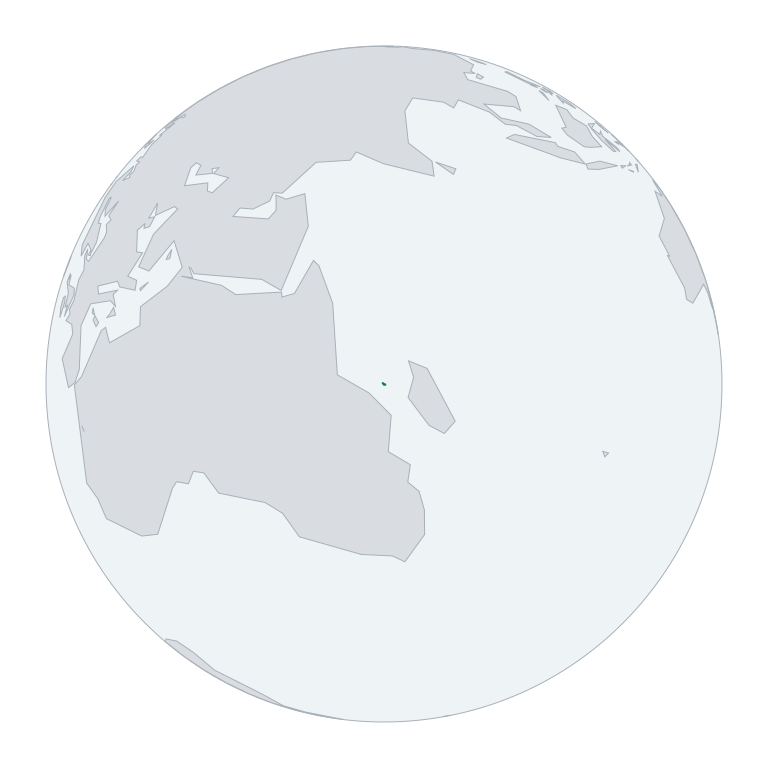 Andjazîdja highlighted on a globe, orthographic projection, rotated 312°
{"feature_id": "COM-4935", "entity_name": "Andjazîdja", "entity_type": "state/province", "adm_level": 1, "iso_a3": "COM", "parent_name": "Comoros", "parent_adm1": "", "projection": "orthographic", "projection_center": [43.361, -11.647], "detail": "fine", "context": "on_globe", "style": "filled", "palette": "green", "viewbox_px": 768, "rotation_deg": 312, "n_neighbors": 0, "source": "natural_earth", "source_scale": "10m", "svg_char_len": 6307}
<svg xmlns="http://www.w3.org/2000/svg" viewBox="0 0 768 768"><g transform="rotate(312 384 384)"><circle cx="384" cy="384" r="338" fill="#eef3f6" stroke="#a8b0b8"/><path d="M46.2,393.3L48.8,392.7L54.3,402.1L57.0,422.3L58.0,449.6L72.1,501.4L77.5,524.4L87.7,545.2L107.3,578.0L107.7,578.5L94.2,557.8L82.2,536.1L71.9,513.6L63.3,490.4L56.4,466.7L51.2,442.5L47.8,418.0L46.2,393.3ZM182.0,654.9L176.4,650.4L177.8,651.4L182.0,654.7L182.0,654.9ZM641.7,165.4L641.0,164.9L633.9,156.6L636.6,160.8L643.8,169.2L647.3,172.4L652.6,180.9L665.8,198.6L675.6,215.3L681.2,237.0L674.5,238.9L675.8,244.0L668.9,234.9L666.2,242.5L684.2,280.1L685.9,289.7L678.5,302.6L677.1,295.1L658.9,270.9L660.1,293.1L674.1,317.8L679.1,343.3L670.3,332.0L664.7,309.5L658.2,300.3L656.6,280.4L644.9,249.1L635.8,251.1L633.3,239.7L615.8,213.9L600.9,216.8L579.4,240.9L581.7,270.6L572.0,282.2L547.3,236.1L537.9,208.1L527.9,209.3L503.3,185.2L457.8,180.7L452.3,173.9L443.5,176.6L426.4,169.6L418.4,159.2L407.5,159.7L429.3,187.6L441.0,187.6L452.1,177.3L455.8,187.6L472.5,197.8L450.6,222.2L384.7,245.0L380.0,223.2L338.7,168.8L341.0,162.9L340.8,162.3L340.4,161.1L334.9,170.8L328.4,161.2L348.6,197.2L351.2,214.0L383.8,246.4L380.3,249.9L391.3,256.9L428.6,248.9L428.4,256.4L409.7,291.8L359.6,343.2L367.3,378.9L365.5,410.3L336.6,432.5L341.6,457.6L327.0,467.3L327.7,481.9L317.4,498.3L299.3,514.9L265.9,518.5L261.8,505.2L242.1,481.2L213.8,423.4L220.1,395.1L216.3,374.9L192.3,334.2L197.4,309.5L191.5,300.7L179.0,305.4L172.5,295.2L165.1,296.5L120.9,316.4L108.9,305.7L98.2,267.8L107.2,248.2L111.5,229.3L176.1,154.5L186.9,154.3L234.4,138.2L239.8,139.2L230.9,152.4L264.0,163.5L278.5,151.3L311.6,157.5L335.7,156.0L350.0,132.1L310.6,133.7L306.9,123.3L341.1,112.5L376.0,113.5L375.7,109.6L356.3,101.3L367.0,94.7L349.9,98.2L354.8,101.7L344.2,104.5L339.0,101.5L343.0,99.0L333.3,97.8L316.7,111.7L320.0,116.8L292.7,121.4L295.5,130.8L287.1,136.3L279.3,122.6L282.1,117.2L265.3,105.8L259.8,111.6L275.4,123.2L269.3,122.8L262.0,132.5L262.8,124.9L247.3,112.4L224.5,119.9L190.7,148.0L178.4,153.3L170.2,152.0L187.4,128.0L212.9,119.2L219.4,112.1L218.3,105.3L226.2,103.7L228.9,100.3L239.0,97.5L257.2,87.4L268.1,84.7L279.2,75.7L286.3,73.5L277.7,79.2L277.5,82.4L305.0,78.5L311.4,76.2L316.5,71.0L323.4,71.3L324.7,66.9L342.5,64.3L322.0,64.4L327.3,60.1L340.1,56.5L338.2,55.5L317.4,61.6L312.3,64.2L313.9,66.2L297.0,75.5L286.8,78.3L290.5,69.9L276.3,73.4L285.4,66.7L336.3,51.9L355.4,49.5L378.8,52.2L372.1,54.0L360.3,53.6L367.5,57.0L368.7,55.2L374.4,55.9L381.0,53.3L385.4,53.8L384.2,51.0L390.3,51.4L391.0,53.1L405.9,51.1L419.7,52.3L421.0,51.8L418.4,50.8L437.6,53.9L437.7,53.4L431.4,52.1L427.5,50.7L428.1,49.6L434.7,50.7L435.4,51.2L446.8,54.6L447.5,56.7L450.3,57.2L451.2,55.7L437.3,51.4L435.8,50.6L443.5,52.3L440.6,51.6L441.9,51.6L449.4,52.9L441.5,51.1L442.7,51.2L468.1,56.7L493.0,64.2L517.3,73.5L540.8,84.7L563.3,97.6L584.8,112.2L605.1,128.5L624.1,146.2L641.7,165.4ZM150.6,187.6L148.1,193.1L150.6,187.6ZM411.2,128.4L433.3,130.5L426.4,116.5L434.3,116.6L429.1,112.2L425.8,115.6L413.4,104.4L424.0,101.6L422.9,96.5L415.4,95.7L397.9,103.1L415.6,118.5L409.2,123.6L411.2,128.4ZM234.0,87.9L236.0,88.4L230.2,92.5L216.4,98.7L224.8,92.5L234.0,87.9ZM240.3,88.6L247.9,80.1L256.7,76.9L250.5,79.9L255.6,78.7L246.9,83.4L248.0,89.7L242.8,94.0L220.3,101.3L230.5,96.1L227.8,95.5L240.3,88.6ZM263.2,68.4L269.7,66.1L264.8,68.1L250.8,73.5L248.9,74.3L263.2,68.4ZM247.9,133.6L252.5,133.4L260.0,131.8L255.6,138.4L247.9,133.6ZM236.9,125.0L241.3,123.5L238.7,130.9L234.0,131.6L236.9,125.0ZM245.9,116.9L241.7,122.8L241.2,120.0L245.9,116.9ZM282.0,78.0L287.0,76.7L286.6,77.7L282.9,79.9L282.0,78.0ZM351.3,47.7L349.9,47.8L349.3,47.9L351.3,47.7ZM342.1,136.2L333.9,140.9L330.8,138.9L334.2,137.6L342.1,136.2ZM291.7,138.7L302.2,140.8L290.3,140.5L291.7,138.7ZM359.5,47.0L357.8,47.1L359.5,47.0ZM480.4,591.7L482.9,597.1L477.6,596.9L480.4,591.7ZM424.4,405.6L404.0,461.8L387.6,462.0L383.4,445.1L390.1,410.9L408.8,401.6L417.6,386.7L424.4,405.6ZM706.8,422.2L708.8,426.7L708.5,428.1L706.8,422.2ZM704.8,413.8L707.8,417.5L703.8,416.7L704.8,413.8ZM708.8,419.0L711.7,419.4L713.0,418.3L712.4,421.4L708.8,419.0ZM702.6,411.7L687.2,400.1L680.2,391.7L682.7,386.9L694.0,395.2L702.6,411.7ZM682.1,386.4L670.3,364.1L648.8,310.5L656.7,313.9L678.0,349.8L676.9,354.1L684.0,370.5L682.1,386.4ZM707.4,372.9L706.0,387.0L698.3,379.4L694.3,374.2L691.7,353.4L693.2,345.0L696.7,347.6L706.1,325.1L710.2,336.2L708.2,346.5L711.3,361.9L707.4,372.9ZM583.4,273.7L592.0,293.4L586.2,295.4L583.4,273.7ZM706.8,307.5L705.1,317.0L705.7,302.7L706.8,307.5ZM705.3,293.1L706.9,300.1L704.2,292.0L705.3,293.1ZM678.6,252.7L675.1,251.9L673.5,247.3L677.1,245.8L678.6,252.7ZM683.0,229.9L688.5,242.5L689.8,246.4L685.5,237.4L683.0,229.9ZM417.8,47.8L407.8,47.6L405.4,48.4L411.3,49.8L398.7,48.4L402.5,47.0L417.8,47.8ZM712.8,462.1L710.2,472.1L708.8,477.3L700.0,503.7L689.1,529.2L676.2,553.8L661.2,577.2L644.4,599.3L648.1,594.7L661.9,575.7L659.4,578.4L666.9,568.2L660.9,575.9L668.6,563.3L672.0,554.8L650.7,559.4L649.3,552.3L656.6,543.0L669.1,508.7L670.2,510.6L678.1,489.4L694.6,481.6L708.6,456.5L709.8,465.2L715.5,446.7L714.5,454.2L712.8,462.1ZM711.6,431.3L715.5,423.8L716.5,425.2L711.6,431.3ZM720.9,410.8L721.0,407.3L721.4,398.7L721.7,397.2L721.5,386.0L721.9,388.8L720.9,410.8ZM719.8,421.8L719.4,424.7L720.0,420.3L719.9,421.3L719.8,421.8ZM719.3,394.5L719.0,398.2L718.6,393.6L719.3,394.5ZM720.1,394.2L720.8,403.3L719.8,397.1L720.1,394.2ZM713.0,367.1L713.9,377.5L716.7,375.7L714.5,381.0L715.5,399.0L714.4,403.9L713.7,384.6L711.8,400.7L710.4,398.6L710.6,383.0L712.5,367.1L713.9,361.7L718.4,366.2L713.0,367.1ZM720.5,382.9L720.0,371.1L720.2,365.0L720.7,371.9L720.5,382.9ZM717.1,342.4L713.9,327.4L712.6,329.1L713.8,318.6L716.9,334.5L717.1,342.4ZM712.1,314.0L711.0,315.4L711.1,308.7L712.1,314.0ZM709.8,310.8L708.1,302.5L709.8,305.7L709.8,310.8ZM712.9,315.8L710.5,302.7L712.8,311.8L712.9,315.8ZM703.3,284.1L709.5,301.4L704.0,290.1L696.7,264.8L698.5,266.6L703.3,284.1Z" fill="#d9dde1" stroke="#a8b0b8" stroke-width="1"/><path d="M384.6,385.0L384.8,385.3L384.7,385.5L384.4,385.7L384.1,385.3L384.0,385.2L383.7,385.2L383.4,385.0L383.4,384.9L383.2,384.7L383.2,384.4L383.3,384.2L383.4,382.9L383.4,382.7L383.5,382.5L383.5,382.4L383.8,382.3L384.0,382.3L384.2,382.5L384.1,383.8L384.1,384.0L384.4,384.4L384.5,384.6L384.5,384.8L384.6,385.0L384.6,385.0Z" fill="#22c55e" stroke="#15803d" stroke-width="1.5"/></g></svg>